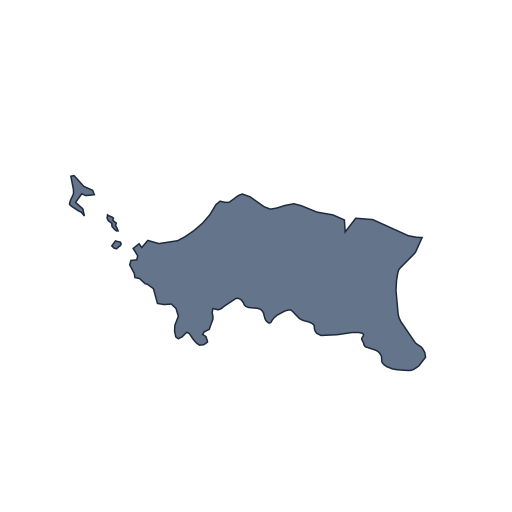 an SVG outline of Larnaca, rotated 216°
{"feature_id": "CYP-3463", "entity_name": "Larnaca", "entity_type": "District", "adm_level": 1, "iso_a3": "CYP", "parent_name": "Cyprus", "parent_adm1": "", "projection": "robinson", "projection_center": [33.519, 34.89], "detail": "fine", "context": "isolated", "style": "filled", "palette": "slate", "viewbox_px": 512, "rotation_deg": 216, "n_neighbors": 0, "source": "natural_earth", "source_scale": "10m", "svg_char_len": 2638}
<svg xmlns="http://www.w3.org/2000/svg" viewBox="0 0 512 512"><g transform="rotate(216 256 256)"><path d="M273.3,143.4L277.7,147.3L281.0,152.5L283.4,161.6L289.8,166.5L296.2,167.4L301.8,162.7L307.8,159.7L319.8,169.3L327.4,169.3L329.4,168.4L337.0,169.3L341.3,167.4L344.2,170.3L353.0,174.6L354.6,178.9L350.2,182.8L351.8,186.6L359.8,189.9L357.8,197.2L353.4,195.7L352.7,205.0L341.8,209.0L328.4,222.3L324.6,230.2L321.1,240.2L318.5,251.3L317.6,262.3L318.6,274.1L317.3,279.2L312.5,281.3L309.3,283.6L305.8,294.6L303.5,298.1L295.6,300.4L278.5,300.6L272.0,302.3L267.5,306.9L262.2,314.0L256.1,320.5L249.0,323.3L232.6,327.3L217.8,334.5L205.7,337.1L198.0,327.9L197.5,345.2L182.9,354.1L144.8,361.9L137.1,365.5L132.4,368.6L132.2,367.3L129.2,353.0L129.3,350.6L132.4,330.4L132.3,328.1L131.3,325.6L127.8,318.6L122.5,310.4L106.9,292.6L104.4,290.4L100.6,288.2L76.1,279.4L74.7,279.3L68.9,279.5L66.9,279.0L62.8,277.2L59.3,273.8L59.7,262.4L61.5,257.6L62.3,256.1L63.6,254.4L65.3,253.0L75.0,246.9L79.4,244.8L85.3,243.3L88.5,243.3L91.2,243.9L92.8,245.2L95.2,248.3L97.0,249.4L99.1,250.2L101.6,250.4L103.9,250.1L114.3,246.8L116.3,247.5L117.8,248.8L120.7,250.3L121.7,250.9L122.2,252.3L122.2,253.9L122.7,255.5L124.4,256.1L128.1,254.4L133.5,250.4L144.0,240.1L156.7,229.9L161.4,229.1L163.7,229.9L165.7,231.2L168.3,234.1L170.9,234.4L174.4,233.7L180.5,231.4L184.2,230.9L193.9,232.7L196.0,232.8L198.0,231.4L200.3,228.5L204.0,220.9L205.1,216.6L205.2,213.4L204.9,211.5L205.3,210.2L206.3,209.3L208.8,209.3L210.7,209.9L212.1,210.7L216.6,214.4L218.6,215.2L221.0,215.5L223.8,214.7L231.7,210.0L234.7,209.2L236.9,209.6L238.6,210.7L240.8,211.5L243.1,211.8L245.4,211.4L247.3,209.9L252.3,196.4L253.0,193.4L253.9,191.7L255.1,190.2L259.9,188.2L259.8,187.7L259.3,186.7L257.9,184.1L256.0,182.5L254.5,180.8L253.5,179.0L251.8,172.6L250.7,169.3L253.3,164.2L253.1,161.2L249.2,161.4L245.5,158.8L244.6,157.8L246.1,153.5L249.4,150.6L253.0,150.6L257.7,151.6L264.2,154.0L267.3,153.5L268.2,147.3L270.2,143.4L273.3,143.4ZM426.8,213.1L422.8,210.6L429.1,204.9L433.5,203.9L433.5,193.3L423.9,192.4L418.3,187.5L423.0,188.7L426.5,188.1L434.3,187.8L437.1,188.1L437.3,188.3L438.0,189.6L439.0,192.7L439.9,197.8L440.7,199.8L442.7,202.4L452.7,211.7L450.4,214.1L436.3,211.1L426.8,213.1ZM385.9,194.3L389.9,195.3L391.9,197.7L394.3,197.7L396.3,197.7L398.7,199.1L400.3,202.0L399.5,202.0L397.1,202.4L395.5,202.9L393.9,202.9L393.5,202.8L393.1,201.0L390.7,200.5L388.3,200.5L387.5,198.1L385.5,197.2L382.3,195.3L383.5,194.3L385.9,194.3ZM375.6,178.9L378.6,179.4L378.6,185.6L375.9,186.6L373.9,187.5L372.3,186.7L371.8,185.0L372.6,182.1L373.1,179.8L375.6,178.9Z" fill="#64748b" stroke="#1e293b" stroke-width="1.5"/></g></svg>